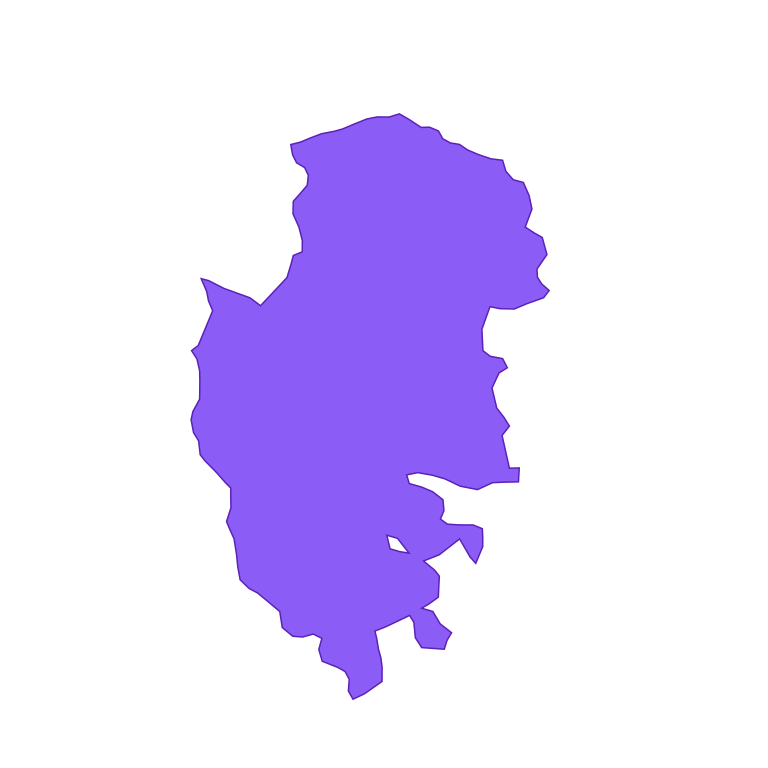 outline of Guapirama, Paraná, Brazil, rotated 232°
{"feature_id": "56859067B61093640054978", "entity_name": "Guapirama", "entity_type": "district", "adm_level": 2, "iso_a3": "BRA", "parent_name": "Brazil", "parent_adm1": "Paraná", "projection": "robinson", "projection_center": [-50.09, -23.472], "detail": "fine", "context": "isolated", "style": "filled", "palette": "violet", "viewbox_px": 768, "rotation_deg": 232, "n_neighbors": 0, "source": "geoboundaries", "source_scale": "gbopen_adm2", "svg_char_len": 2224}
<svg xmlns="http://www.w3.org/2000/svg" viewBox="0 0 768 768"><g transform="rotate(232 384 384)"><path d="M380.4,575.3L385.7,592.1L402.0,598.9L411.0,595.2L420.7,591.9L430.8,608.3L443.0,614.3L457.0,617.9L465.4,611.6L476.6,611.0L487.3,615.2L495.6,606.9L506.9,599.5L517.1,593.9L526.3,591.0L533.1,584.7L541.1,581.3L549.9,582.7L558.3,578.0L563.4,571.2L577.4,566.5L587.4,562.4L591.3,552.3L598.6,543.1L603.4,533.7L606.9,521.6L610.5,508.3L613.8,500.3L619.7,488.8L623.0,478.2L626.1,467.0L630.1,458.0L620.9,453.1L612.1,451.3L603.4,454.7L595.0,452.8L587.9,445.9L585.7,435.3L583.8,425.0L574.2,417.1L559.9,413.5L547.2,407.9L538.5,400.9L541.1,391.7L535.5,384.3L527.6,373.1L521.7,334.9L534.3,331.5L557.9,316.7L573.4,309.5L579.5,304.8L566.0,301.2L557.6,296.9L547.2,294.1L528.7,261.3L528.8,252.9L518.9,252.0L508.0,246.9L499.8,240.8L485.6,229.4L480.0,216.5L474.6,210.0L463.0,204.0L453.3,202.9L441.4,195.6L433.9,195.6L417.4,197.5L403.9,198.3L396.3,199.2L389.9,194.1L380.8,187.3L372.5,175.2L364.4,173.0L354.2,170.5L340.2,162.7L330.1,156.3L318.3,150.1L305.9,151.8L297.2,155.7L289.1,157.5L268.9,161.8L254.7,153.9L241.4,156.8L234.8,164.0L230.5,174.3L221.8,178.4L215.0,169.2L203.5,164.6L189.3,173.0L181.4,176.3L172.7,174.8L164.0,166.9L154.7,165.5L151.9,178.1L150.8,199.3L161.8,208.0L170.2,213.0L178.3,216.3L187.8,221.5L194.9,224.8L191.5,236.3L185.9,261.7L177.8,260.8L164.8,252.5L153.1,251.4L137.9,268.2L143.2,275.9L146.4,284.1L160.3,280.6L174.7,282.4L184.2,275.6L183.0,283.9L182.6,295.6L192.3,303.9L198.5,309.3L206.1,309.3L220.2,306.2L215.4,322.4L215.4,348.2L194.6,345.3L186.2,345.9L195.1,361.7L202.2,367.3L209.4,372.4L218.2,367.3L226.9,356.2L234.5,347.7L242.8,345.3L247.3,353.3L256.5,359.2L269.2,356.0L279.6,350.2L290.0,342.6L298.4,345.9L293.4,356.0L282.4,365.9L271.7,373.6L256.5,381.2L249.2,387.5L243.2,392.7L239.4,408.8L232.5,418.5L224.1,429.7L234.6,438.9L240.5,431.0L270.8,445.4L273.6,456.9L284.0,458.0L295.5,458.0L314.3,466.6L321.9,481.4L320.9,491.2L331.0,493.1L340.5,484.7L349.4,482.5L366.9,494.9L379.7,515.1L372.1,521.6L362.9,532.8L359.3,546.1L353.7,562.9L356.0,571.7L365.7,569.9L373.6,570.6L380.4,575.3ZM235.3,299.6L242.2,293.2L250.4,287.3L263.1,293.1L254.1,299.6L235.3,299.6Z" fill="#8b5cf6" stroke="#5b21b6" stroke-width="1.5"/></g></svg>